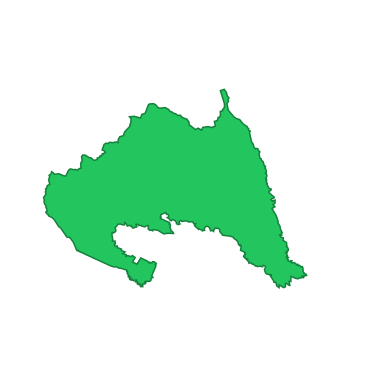 the district of Ciénaga, Magdalena, Colombia, rotated 293°
{"feature_id": "7082276B78010874315873", "entity_name": "Ciénaga", "entity_type": "district", "adm_level": 2, "iso_a3": "COL", "parent_name": "Colombia", "parent_adm1": "Magdalena", "projection": "equal_earth", "projection_center": [-74.061, 10.857], "detail": "fine", "context": "isolated", "style": "filled", "palette": "green", "viewbox_px": 384, "rotation_deg": 293, "n_neighbors": 0, "source": "geoboundaries", "source_scale": "gbopen_adm2", "svg_char_len": 6023}
<svg xmlns="http://www.w3.org/2000/svg" viewBox="0 0 384 384"><g transform="rotate(293 192 192)"><path d="M299.1,181.5L296.4,178.5L285.9,187.4L282.5,188.8L280.0,188.0L278.6,188.4L277.2,186.5L274.1,188.1L271.7,188.1L270.8,186.9L267.5,187.4L265.8,185.0L261.8,187.7L260.8,187.0L260.4,185.9L259.0,185.2L258.6,181.4L255.6,176.6L252.7,176.8L253.2,172.8L250.8,170.7L252.5,164.5L252.4,163.5L255.1,161.9L257.1,158.8L256.7,154.4L258.1,151.1L256.9,149.1L257.6,146.4L257.3,144.6L257.8,142.4L257.6,140.3L258.9,138.2L259.2,134.3L256.7,129.9L256.4,127.7L258.1,124.5L258.3,122.1L256.5,118.6L255.4,117.8L246.1,118.1L243.8,115.5L240.0,115.7L239.0,108.9L236.8,105.1L235.6,107.3L231.4,108.7L229.6,108.5L228.7,109.3L221.0,106.5L217.0,106.8L214.7,103.9L211.3,103.6L208.7,104.8L208.5,102.7L206.6,100.0L205.5,96.7L203.6,95.5L203.5,94.0L201.5,92.5L195.6,92.8L195.6,95.2L194.4,96.9L192.1,94.6L191.7,95.2L190.1,94.0L189.3,94.4L189.0,93.2L187.5,93.1L186.3,91.5L185.2,92.1L183.1,90.1L182.9,89.0L184.0,85.6L183.5,83.9L184.2,79.2L183.4,77.0L181.5,76.5L177.6,78.7L175.2,78.3L170.4,80.5L169.5,79.0L167.3,78.0L167.3,76.2L166.3,74.3L165.7,70.9L163.9,69.9L157.3,69.5L156.8,67.5L156.8,62.5L154.6,58.4L155.6,56.6L155.8,54.8L153.3,55.1L151.5,53.9L150.1,55.2L147.5,55.1L143.4,58.1L141.4,56.3L139.0,56.6L137.5,56.0L136.8,56.9L134.7,57.0L132.9,58.4L129.1,57.5L126.7,59.4L125.7,59.3L123.4,60.9L122.2,63.1L121.1,63.3L119.2,65.2L117.7,66.1L116.6,65.3L115.9,65.6L114.7,68.9L114.0,69.2L113.7,73.6L112.6,76.2L108.0,82.9L107.5,85.3L101.6,94.4L102.3,97.0L101.4,99.1L99.1,102.7L93.1,108.9L93.4,110.3L94.4,109.7L93.2,110.9L92.2,146.1L92.5,149.4L93.6,151.6L93.4,154.5L94.2,157.6L94.5,162.8L93.1,163.1L93.4,163.9L92.4,164.5L91.6,164.3L90.3,166.9L90.2,166.0L89.0,166.5L89.1,167.5L89.7,167.1L89.7,168.1L88.7,167.7L87.9,168.4L88.4,168.7L87.8,169.2L88.2,169.7L88.7,168.8L88.5,170.2L87.2,169.3L87.2,171.0L87.9,171.2L87.5,173.1L87.8,173.6L88.1,173.1L88.7,174.2L88.4,174.1L88.1,174.5L88.5,174.3L88.8,174.9L88.0,174.6L87.8,175.1L88.3,176.4L87.8,177.4L88.2,177.6L87.2,177.3L87.0,177.9L86.7,177.1L86.5,178.4L85.9,178.3L86.0,178.9L86.9,178.7L86.8,180.7L86.3,181.2L86.4,180.5L85.4,180.8L85.6,181.9L84.9,182.1L85.7,183.7L87.8,182.5L89.2,184.8L90.3,185.0L90.5,183.7L91.0,183.7L92.5,185.9L92.6,187.0L94.1,188.7L96.8,188.2L98.1,189.4L99.0,187.7L109.5,187.7L110.9,186.6L111.2,187.2L112.3,187.0L113.0,184.1L112.4,182.9L110.9,182.6L110.7,180.3L110.0,180.4L111.0,177.7L111.3,170.6L104.1,169.6L104.3,164.7L109.5,165.3L110.2,162.0L108.7,161.0L108.3,157.6L107.0,156.3L108.7,155.8L108.2,152.5L110.7,153.7L110.5,149.8L111.9,149.4L111.6,144.9L113.1,144.4L112.0,142.2L113.8,140.9L114.4,141.7L116.8,140.3L115.6,138.0L117.0,137.8L122.5,134.4L123.7,134.5L123.6,135.7L125.7,137.1L127.2,136.8L128.9,135.2L133.5,136.6L134.5,138.5L134.7,141.3L135.4,142.7L137.7,142.1L137.0,143.9L135.4,145.7L137.0,147.8L136.4,149.6L137.0,149.7L135.7,151.9L138.5,154.9L140.3,153.1L141.2,155.1L140.3,156.0L141.4,158.0L140.9,158.7L141.5,162.3L143.2,163.3L144.0,164.9L140.9,166.1L140.2,168.2L141.0,169.6L140.9,171.0L142.1,170.9L143.4,175.4L142.4,182.3L144.6,186.0L146.6,191.2L148.0,189.5L148.2,187.4L149.6,187.0L150.7,185.5L152.8,185.3L153.8,184.2L153.7,183.6L154.3,183.9L155.0,183.2L155.3,173.3L156.3,173.5L156.9,172.5L157.5,172.9L158.8,172.0L162.8,175.8L161.5,177.3L162.0,178.2L161.3,179.7L159.9,180.2L158.8,179.2L158.2,182.0L157.2,183.0L157.4,184.1L159.1,184.9L159.1,187.3L158.0,189.5L156.8,190.0L156.5,191.9L157.9,193.4L158.2,192.6L159.9,191.7L161.5,193.0L161.0,194.2L162.9,197.5L163.4,199.2L163.0,200.4L164.9,204.3L163.4,206.0L164.2,207.9L162.0,207.5L160.8,210.5L160.9,211.8L160.1,212.6L160.7,213.4L160.8,215.8L160.2,216.6L161.7,218.6L162.5,217.7L165.3,217.9L166.6,219.6L166.1,221.9L163.5,224.3L164.5,225.5L164.2,227.2L165.3,226.7L165.7,227.2L167.7,227.3L168.9,230.7L167.6,232.6L166.4,233.0L164.2,237.3L166.3,244.4L166.5,247.8L165.7,248.6L165.0,251.8L163.7,254.1L161.8,255.3L161.8,256.3L161.2,256.6L161.3,257.3L162.2,257.2L161.9,258.3L157.2,259.5L157.2,264.1L156.5,264.3L156.4,265.9L156.0,264.6L154.7,265.3L154.0,264.6L152.7,264.8L152.7,265.7L152.4,265.4L151.4,268.1L152.1,268.8L151.8,269.6L151.1,269.0L150.3,270.1L150.3,271.2L148.7,272.3L149.9,273.9L149.2,275.2L149.5,276.8L148.6,279.3L149.1,280.2L148.9,281.6L149.9,282.6L150.8,286.2L152.3,286.1L152.4,288.0L152.0,289.0L148.6,289.1L146.2,291.4L145.7,292.7L146.7,297.5L146.2,297.7L145.4,296.9L141.8,302.3L141.0,302.4L141.4,304.7L138.7,306.6L138.0,309.5L140.5,308.6L139.8,313.7L141.3,315.1L143.4,314.0L144.7,314.1L144.0,318.3L144.3,318.6L147.6,316.2L148.2,318.0L153.0,316.1L153.0,321.5L153.6,323.6L154.6,324.0L155.5,326.0L156.3,326.4L156.7,328.1L157.5,328.1L157.7,326.6L160.0,330.1L160.9,329.0L160.7,327.0L161.4,326.8L161.8,325.6L165.4,323.8L166.5,322.7L165.6,321.9L166.5,319.6L165.6,318.8L166.8,317.7L165.8,316.8L166.8,315.2L166.9,313.6L165.7,311.7L166.0,311.0L167.7,310.9L167.2,309.5L166.3,309.4L166.1,308.3L166.3,307.0L167.6,307.0L168.1,305.0L169.5,306.1L169.5,304.4L170.7,304.7L171.2,303.8L172.1,303.6L172.6,302.1L173.7,303.2L174.9,302.3L175.7,303.5L176.8,303.1L178.4,301.6L178.7,300.3L179.1,300.6L182.4,298.7L183.1,294.7L185.5,294.0L185.3,291.4L186.6,289.5L187.4,291.5L188.9,290.3L189.7,291.0L192.1,288.2L195.0,286.2L197.3,283.1L198.6,282.8L203.0,278.9L208.1,272.1L210.8,274.1L211.9,271.5L214.3,272.8L217.0,271.7L215.9,270.2L214.9,269.9L215.8,267.6L216.7,267.9L218.5,269.8L219.3,269.7L221.6,263.0L223.2,262.7L223.8,263.7L225.2,264.0L225.7,263.4L225.4,261.6L228.6,257.7L229.4,257.9L231.3,255.7L232.1,256.2L233.2,254.5L233.8,255.0L236.4,254.5L238.0,253.1L238.0,252.3L239.4,252.7L241.8,251.1L242.3,249.9L244.3,249.7L244.6,248.2L247.8,245.5L248.2,243.7L249.6,242.7L249.5,241.4L253.3,238.8L255.5,238.8L255.8,237.6L257.5,235.7L257.4,234.5L256.4,233.5L258.0,231.0L259.9,229.8L261.3,227.3L269.2,221.7L270.8,221.9L270.8,220.1L272.6,219.3L272.8,217.9L274.0,216.9L273.9,215.8L274.9,211.9L277.3,207.6L276.9,204.1L277.6,201.1L281.4,193.5L287.0,189.6L289.9,190.2L290.9,189.2L293.0,189.3L294.2,187.0L297.2,184.7L299.1,181.5Z" fill="#22c55e" stroke="#15803d" stroke-width="1.5"/></g></svg>